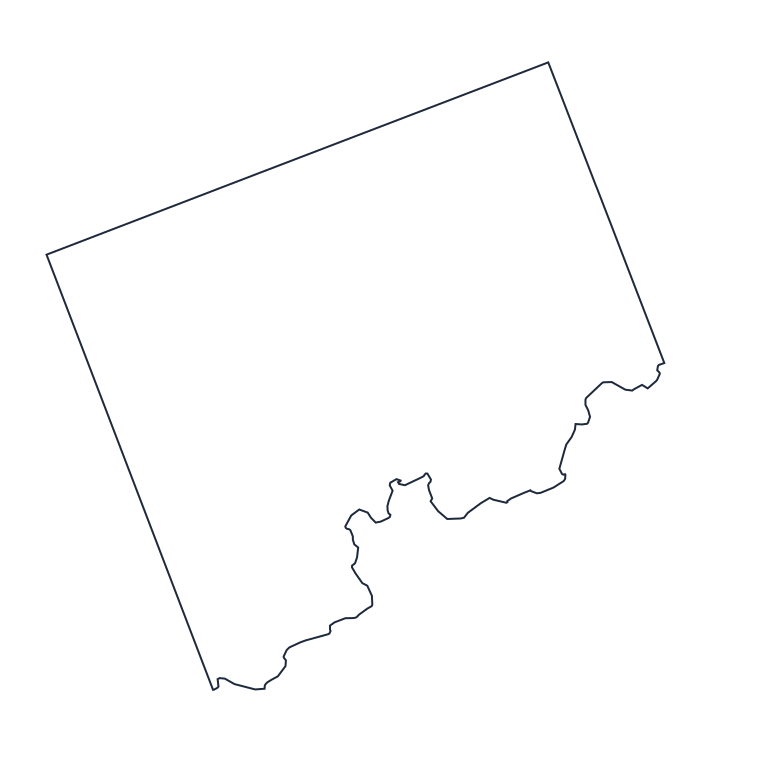 Lincoln, South Dakota, United States of America (Equal Earth projection), rotated 69°
{"feature_id": "52423323B14637934462643", "entity_name": "Lincoln", "entity_type": "district", "adm_level": 2, "iso_a3": "USA", "parent_name": "United States of America", "parent_adm1": "South Dakota", "projection": "equal_earth", "projection_center": [-96.553, 43.292], "detail": "fine", "context": "isolated", "style": "outline", "palette": "slate", "viewbox_px": 768, "rotation_deg": 69, "n_neighbors": 0, "source": "geoboundaries", "source_scale": "gbopen_adm2", "svg_char_len": 2049}
<svg xmlns="http://www.w3.org/2000/svg" viewBox="0 0 768 768"><g transform="rotate(69 384 384)"><path d="M142.3,652.7L259.7,652.8L608.3,653.2L608.4,652.1L608.0,648.7L607.2,647.0L599.9,645.1L599.7,642.8L602.0,638.2L610.6,631.1L614.3,625.9L623.0,613.7L625.7,604.7L622.7,603.3L621.6,601.8L620.7,599.8L619.7,594.4L618.9,587.9L612.1,577.1L606.9,574.6L603.7,575.6L602.5,575.4L597.5,570.2L596.0,566.7L595.2,554.6L595.3,548.9L597.6,525.6L597.4,524.4L595.4,522.4L593.8,522.4L590.2,521.0L588.8,515.6L588.8,504.0L591.8,495.8L591.9,493.1L590.4,490.1L587.7,480.0L587.0,475.2L585.9,474.0L577.4,471.2L566.3,471.9L562.1,475.6L550.5,478.5L543.7,479.6L542.1,478.9L541.0,475.3L536.2,471.3L527.4,466.7L523.1,469.2L518.3,468.9L515.1,467.7L508.4,467.8L507.0,468.7L506.0,470.4L504.4,471.3L503.0,471.1L495.0,461.7L492.3,452.1L498.2,445.3L504.2,444.1L510.4,441.4L511.3,436.4L510.7,427.8L510.1,426.0L508.4,424.9L506.4,426.1L503.3,425.9L499.3,424.6L494.9,421.5L486.7,414.2L480.7,415.0L478.4,413.5L477.3,406.4L480.1,403.1L480.7,403.6L480.7,406.1L482.7,405.8L486.0,400.7L484.8,384.8L484.5,381.3L484.1,379.6L483.2,378.6L482.5,377.0L483.2,375.6L490.0,374.4L491.9,375.6L492.8,377.6L494.4,379.1L499.1,380.0L499.9,380.0L508.1,380.0L510.2,382.5L522.2,379.0L532.7,373.3L537.1,360.4L537.5,357.2L534.3,351.9L530.0,336.4L528.2,326.2L531.2,323.4L538.7,312.4L538.6,311.2L537.5,310.9L536.4,306.4L535.8,293.0L535.7,285.4L536.6,285.2L540.8,280.5L541.7,277.0L541.7,275.3L541.4,262.8L539.0,251.0L537.6,249.0L533.9,247.2L533.0,247.4L533.0,248.9L531.9,250.0L526.0,250.7L510.3,239.0L505.8,235.5L500.7,227.8L495.0,222.1L490.0,219.5L492.7,213.7L493.9,208.8L493.3,207.4L488.4,203.4L481.7,202.8L475.8,203.4L474.1,202.8L470.8,201.5L469.5,200.3L461.3,180.3L461.0,178.7L463.8,170.7L475.8,160.7L479.1,154.6L478.5,152.6L477.3,143.4L482.6,139.4L478.6,128.4L477.4,126.9L473.3,122.8L472.1,122.7L469.1,124.0L465.4,121.8L464.7,120.6L464.9,114.8L462.4,114.8L357.4,114.9L317.5,114.9L277.7,115.0L275.2,115.1L177.0,115.3L142.6,115.4L142.3,427.6L142.3,652.7Z" fill="none" stroke="#1e293b" stroke-width="2"/></g></svg>